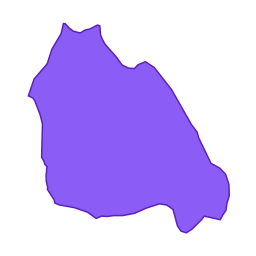 outline of Tadla - Azilal, rotated 267°
{"feature_id": "MAR-1453", "entity_name": "Tadla - Azilal", "entity_type": "Region", "adm_level": 1, "iso_a3": "MAR", "parent_name": "Morocco", "parent_adm1": "", "projection": "orthographic", "projection_center": [-6.449, 32.083], "detail": "fine", "context": "isolated", "style": "filled", "palette": "violet", "viewbox_px": 256, "rotation_deg": 267, "n_neighbors": 0, "source": "natural_earth", "source_scale": "10m", "svg_char_len": 974}
<svg xmlns="http://www.w3.org/2000/svg" viewBox="0 0 256 256"><g transform="rotate(267 128 128)"><path d="M165.3,30.2L181.8,36.8L196.4,50.7L210.6,56.1L225.8,66.2L235.7,69.0L235.4,70.8L231.1,74.3L227.6,78.4L225.4,85.3L228.1,90.4L228.9,95.1L232.4,102.9L231.5,105.2L222.2,105.5L217.5,107.2L212.7,109.5L200.0,119.7L191.4,125.2L187.9,131.3L187.0,137.4L190.6,141.3L193.3,148.8L187.0,157.4L164.2,173.4L127.8,191.7L120.3,196.8L114.4,198.1L88.4,209.0L83.0,217.7L76.5,223.1L66.4,225.8L55.3,225.6L47.9,223.0L40.6,221.5L36.4,218.3L31.6,215.3L36.0,199.5L32.6,196.7L23.5,186.4L20.3,180.8L22.2,175.6L27.5,172.3L44.3,168.7L49.0,162.8L50.6,155.5L47.1,142.2L42.5,130.2L40.8,118.1L41.3,109.2L40.7,102.5L41.4,97.2L39.4,91.5L46.0,83.2L51.3,70.2L54.8,55.3L56.7,51.3L60.5,50.3L70.9,44.3L73.0,44.7L79.0,43.6L86.2,43.8L88.6,44.4L91.4,44.5L93.6,45.2L95.9,43.1L99.5,42.2L103.2,40.2L136.4,42.8L145.3,41.1L159.6,36.5L162.9,34.6L165.3,30.2Z" fill="#8b5cf6" stroke="#5b21b6" stroke-width="1.5"/></g></svg>